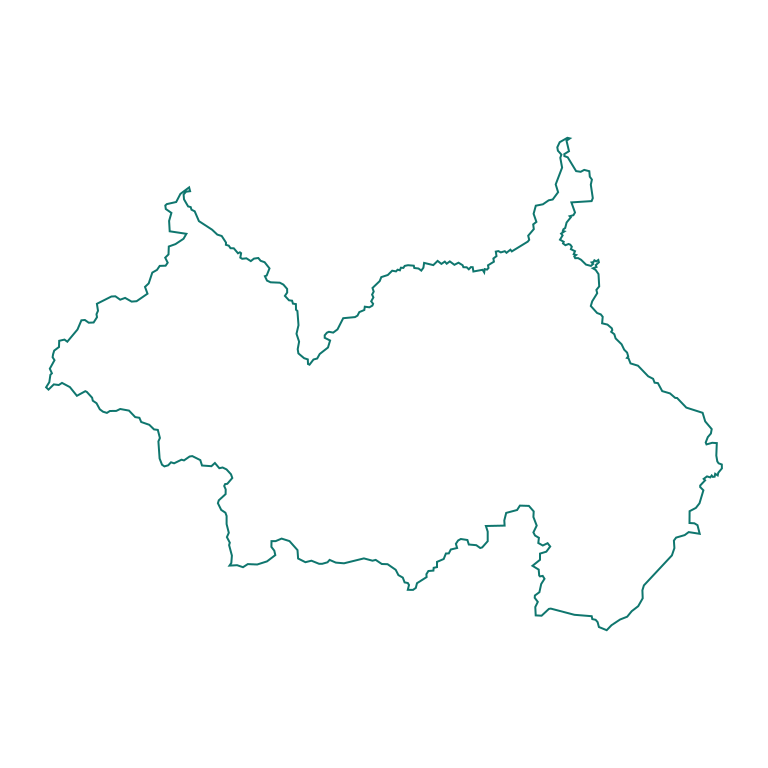 the district of Gonzalo Pizarro, Sucumbios, Ecuador
{"feature_id": "8360857B84387334952145", "entity_name": "Gonzalo Pizarro", "entity_type": "district", "adm_level": 2, "iso_a3": "ECU", "parent_name": "Ecuador", "parent_adm1": "Sucumbios", "projection": "mercator", "projection_center": [-77.563, 0.112], "detail": "fine", "context": "isolated", "style": "outline", "palette": "teal", "viewbox_px": 768, "rotation_deg": 0, "n_neighbors": 0, "source": "geoboundaries", "source_scale": "gbopen_adm2", "svg_char_len": 6081}
<svg xmlns="http://www.w3.org/2000/svg" viewBox="0 0 768 768"><path d="M569.9,138.4L567.4,137.8L559.7,142.2L557.3,147.3L557.9,150.7L561.4,154.6L560.3,157.8L562.1,167.6L555.7,184.4L558.1,192.2L552.7,199.5L548.7,200.3L542.9,204.3L535.8,205.7L533.6,213.8L536.4,221.9L533.2,224.4L533.8,229.1L528.2,235.7L529.2,239.8L527.8,241.6L511.8,251.4L510.4,249.7L506.5,252.8L504.8,251.2L500.8,252.4L498.4,251.1L495.8,251.6L496.5,256.1L493.4,258.5L493.9,261.7L488.0,265.3L488.5,268.0L487.0,269.6L484.7,269.1L484.2,272.4L482.6,269.8L473.4,271.5L472.7,267.2L470.9,267.1L468.8,269.3L466.7,267.3L463.4,267.2L462.6,265.2L458.5,262.7L454.4,264.8L449.8,261.4L446.7,263.7L444.8,261.6L441.4,263.9L437.6,260.9L433.3,265.1L424.1,262.9L423.4,267.7L421.3,270.6L418.5,268.5L414.3,268.0L413.8,265.7L408.0,265.2L404.7,265.9L403.4,267.9L400.9,267.7L399.9,270.3L397.6,269.7L396.0,271.4L392.2,270.7L387.8,275.0L381.3,277.1L379.7,281.1L372.5,288.0L373.7,291.6L372.1,294.6L373.4,297.4L371.2,301.3L373.1,303.8L372.4,305.6L369.4,307.3L364.8,306.7L364.3,310.0L359.3,312.1L357.5,315.6L355.0,317.1L343.2,318.2L337.5,329.4L333.2,332.6L328.9,331.8L326.9,332.7L324.7,335.3L324.7,337.8L330.1,340.5L328.0,347.5L319.7,354.0L317.2,358.5L313.5,359.5L309.5,364.7L308.0,364.0L307.8,359.4L304.1,358.2L298.4,353.4L297.7,349.2L299.1,341.7L296.5,333.8L298.5,325.2L297.4,311.0L296.0,309.7L295.9,304.1L292.9,303.6L292.1,300.7L289.0,300.3L284.9,295.9L287.2,292.5L287.1,288.9L283.4,284.6L279.8,282.7L270.6,282.3L267.0,280.6L264.9,276.2L266.7,275.5L269.5,268.4L264.6,262.2L260.6,260.8L258.3,258.0L254.0,258.6L250.8,261.1L246.4,258.3L242.2,258.8L240.3,257.6L241.1,253.2L239.9,252.3L238.0,253.3L233.8,248.3L230.5,248.2L228.8,245.7L225.9,244.8L226.0,242.6L221.7,236.0L217.3,234.6L212.1,229.7L198.9,221.1L194.7,211.3L191.5,209.7L190.7,207.1L188.1,206.4L184.0,199.3L183.6,194.5L186.0,191.7L190.1,191.2L189.1,187.4L180.4,193.9L176.2,202.0L166.8,204.1L165.3,205.5L165.8,209.0L171.4,212.9L169.1,220.9L169.7,231.3L186.4,233.8L183.5,238.8L175.5,244.1L168.8,246.5L168.5,254.4L165.2,257.7L167.7,262.7L165.6,265.7L159.7,265.9L157.0,269.9L152.3,272.6L148.7,283.4L145.0,286.9L147.5,293.7L136.6,301.2L131.6,301.6L125.1,297.9L120.2,299.7L115.4,296.3L111.4,296.5L96.9,303.8L98.0,310.8L96.5,314.2L97.0,317.2L93.6,322.5L88.7,322.7L84.9,320.0L81.4,320.3L77.5,329.5L67.3,341.7L64.5,339.6L59.2,340.8L59.0,347.0L54.2,350.6L53.1,354.2L52.6,357.2L54.5,360.2L49.8,368.7L51.9,373.3L50.4,374.8L49.3,382.2L46.1,387.3L48.5,389.6L53.8,384.4L58.8,385.0L62.0,382.9L69.9,387.1L76.9,395.8L85.3,391.2L86.8,391.9L92.1,397.7L92.8,400.7L96.5,403.2L99.8,409.3L103.0,411.7L106.9,412.9L109.9,411.0L116.3,410.9L120.2,409.0L129.0,410.6L135.2,417.1L139.4,417.8L141.2,422.0L149.3,424.8L154.0,429.4L157.8,429.9L159.9,438.0L158.4,441.4L159.6,458.5L162.0,464.7L164.4,466.4L168.2,465.3L171.0,462.3L174.1,463.3L181.5,459.7L184.0,460.4L189.6,456.5L192.3,456.1L200.3,460.1L202.0,465.5L211.4,466.2L214.9,463.0L219.3,468.2L222.6,467.5L226.5,469.4L231.0,474.3L232.3,478.0L227.3,483.8L225.1,484.1L224.2,486.0L225.7,489.4L225.6,494.1L218.8,500.3L217.9,503.2L221.2,509.9L225.4,512.7L226.6,516.0L226.6,524.1L228.8,532.8L226.9,537.1L229.8,542.7L229.1,545.1L231.9,555.6L231.3,563.0L229.5,565.6L237.1,565.2L243.0,567.2L247.8,564.1L257.2,564.5L267.0,561.4L275.3,555.1L274.3,550.7L271.4,546.9L271.5,541.1L275.7,541.1L281.6,538.6L289.5,541.1L297.5,550.1L298.1,558.5L305.4,562.2L311.4,560.7L319.1,563.8L322.2,563.8L327.5,562.3L329.6,559.9L335.8,562.6L344.0,563.3L363.9,558.4L372.5,560.7L375.7,559.9L381.8,564.0L387.6,564.2L395.7,569.8L398.4,575.1L402.8,577.6L404.6,582.4L407.8,583.0L409.0,585.0L407.8,589.8L413.0,589.9L415.8,587.9L417.0,583.2L426.6,577.1L426.4,574.2L428.4,571.0L433.4,570.6L433.7,567.8L437.0,567.1L437.0,561.9L443.7,559.0L445.9,553.5L448.8,553.4L450.8,549.5L457.1,548.0L455.9,543.8L458.1,540.5L460.8,539.0L467.4,540.0L468.8,544.5L476.3,545.2L480.2,548.0L482.2,547.4L487.7,541.2L487.7,531.6L485.9,526.0L504.6,525.6L504.3,520.4L506.2,512.9L517.1,510.0L519.9,505.6L528.9,505.9L533.7,511.4L533.4,517.0L536.7,525.6L533.4,532.4L535.0,535.5L538.9,537.8L538.3,543.0L542.8,545.5L547.6,543.2L550.2,546.5L546.3,551.7L540.0,553.6L540.0,559.8L532.5,565.8L538.7,569.6L539.2,575.5L540.0,576.4L542.7,575.9L544.5,578.8L541.2,584.0L539.4,592.2L534.9,595.5L534.7,597.8L537.8,601.9L535.3,607.0L535.7,615.4L541.6,615.7L548.9,608.9L550.8,608.6L574.4,614.8L591.7,616.2L592.3,619.1L595.6,619.8L597.6,622.1L598.9,627.0L606.7,630.2L611.5,625.2L620.1,619.5L627.2,616.7L631.7,611.2L638.2,606.2L642.7,598.3L642.4,590.3L643.9,585.4L671.9,555.4L674.4,548.1L673.9,540.6L676.1,537.6L684.7,535.1L688.7,532.1L699.7,533.8L697.5,525.2L694.4,523.3L689.5,523.0L689.6,511.2L695.9,507.9L699.5,503.3L703.4,490.3L700.2,487.1L700.2,485.5L705.1,480.3L703.7,478.9L707.0,476.4L710.3,477.4L711.7,475.5L712.8,476.9L714.6,476.7L715.2,473.8L717.7,475.4L718.3,472.7L721.9,468.4L721.8,464.5L718.6,463.3L717.3,461.4L716.3,455.6L716.8,443.1L712.2,442.8L706.5,444.4L705.7,442.5L707.8,437.1L710.9,433.5L711.7,429.1L705.2,421.4L702.6,412.8L686.3,407.6L677.1,398.0L675.2,397.9L670.0,393.4L662.2,391.1L657.9,383.1L654.6,382.7L653.1,378.8L648.2,376.3L638.0,365.7L630.5,363.4L628.5,358.3L627.0,357.9L628.2,356.4L627.1,352.6L624.2,349.7L621.6,344.3L615.6,338.4L614.3,334.2L611.2,331.8L612.3,330.1L611.8,328.3L607.5,324.6L602.1,323.3L602.7,316.8L600.8,314.4L597.1,313.0L590.8,306.0L592.2,301.3L597.2,293.2L596.4,289.9L599.2,286.4L598.5,274.1L595.7,270.0L592.9,268.3L596.5,267.0L595.8,265.1L598.9,262.3L598.3,260.0L596.2,261.4L594.4,260.3L593.5,262.0L591.7,262.4L593.1,264.0L590.9,265.9L586.0,264.6L581.1,259.8L578.1,258.1L575.2,258.2L574.3,256.4L576.1,255.0L573.7,254.2L575.0,251.2L570.9,249.2L571.8,246.7L570.3,244.7L568.6,244.0L565.4,245.2L563.0,243.4L563.7,241.8L560.0,239.7L562.6,235.4L561.1,233.6L564.4,231.4L562.8,230.9L563.4,229.3L565.2,228.0L566.6,222.5L570.8,217.3L569.7,216.2L573.4,215.2L575.0,212.5L571.4,202.4L591.6,201.1L592.8,198.1L590.8,184.7L591.9,179.6L589.8,176.7L589.3,171.2L584.2,169.9L580.7,171.8L576.1,171.1L567.7,157.3L564.4,156.1L564.3,154.1L569.0,151.2L566.5,140.7L569.9,138.4Z" fill="none" stroke="#0f766e" stroke-width="2"/></svg>